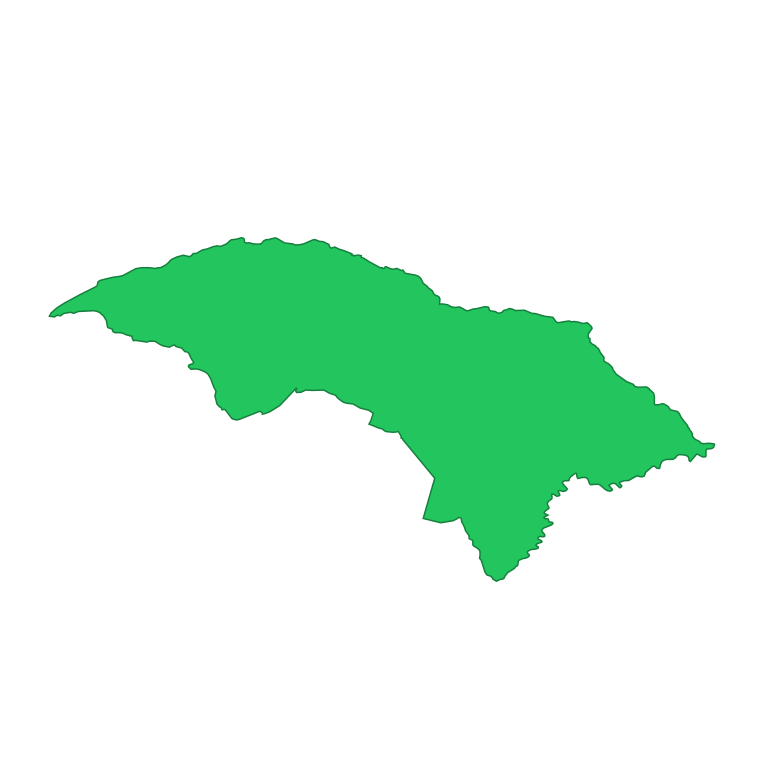 Cachipay, Cundinamarca, Colombia, rotated 241°
{"feature_id": "7082276B14405151450824", "entity_name": "Cachipay", "entity_type": "district", "adm_level": 2, "iso_a3": "COL", "parent_name": "Colombia", "parent_adm1": "Cundinamarca", "projection": "robinson", "projection_center": [-74.459, 4.728], "detail": "fine", "context": "isolated", "style": "filled", "palette": "green", "viewbox_px": 768, "rotation_deg": 241, "n_neighbors": 0, "source": "geoboundaries", "source_scale": "gbopen_adm2", "svg_char_len": 6171}
<svg xmlns="http://www.w3.org/2000/svg" viewBox="0 0 768 768"><g transform="rotate(241 384 384)"><path d="M470.7,456.1L474.5,455.8L474.6,454.7L475.4,453.8L478.9,451.2L479.9,447.6L482.2,445.1L485.6,442.7L485.9,441.9L485.0,440.1L485.2,439.5L486.6,438.8L487.5,437.1L497.8,430.5L503.6,427.4L505.9,425.5L507.3,426.3L509.4,423.8L510.7,419.7L511.1,420.0L512.8,418.1L513.5,419.0L520.2,413.5L523.7,410.1L527.7,407.3L528.3,404.1L529.0,403.4L530.5,403.0L532.8,403.4L533.4,403.1L538.0,399.7L540.2,396.6L543.8,393.6L544.5,391.6L545.5,381.9L546.8,377.4L548.7,373.7L550.7,372.2L555.5,365.5L562.7,361.3L564.4,359.9L565.9,355.2L565.9,353.9L567.4,350.9L567.5,347.9L566.2,344.8L567.4,341.5L569.8,337.8L572.8,334.7L574.2,331.8L575.0,331.1L575.8,330.8L578.2,331.9L579.3,331.9L581.0,330.4L582.1,325.4L584.1,320.5L584.0,318.6L582.9,314.4L583.5,307.9L585.8,304.9L586.3,303.2L586.9,301.3L588.0,294.2L589.3,290.2L589.2,283.2L590.6,280.3L589.7,277.9L589.6,275.7L593.9,270.9L595.5,264.6L595.9,259.1L595.6,256.7L594.8,255.0L593.9,250.9L594.0,245.3L595.5,242.0L596.0,239.9L599.8,234.6L603.2,228.5L605.2,222.9L605.4,208.4L606.3,205.0L608.9,198.3L612.1,186.5L612.2,184.8L611.9,183.3L609.0,180.7L608.8,178.4L609.5,162.3L609.7,144.0L609.4,138.4L609.1,134.7L607.5,127.3L605.5,124.2L602.4,128.3L602.6,131.3L600.4,134.3L601.0,137.2L600.7,139.0L598.6,144.7L596.3,146.8L595.6,151.9L588.9,165.5L587.2,167.6L584.7,169.8L579.3,171.7L574.0,171.9L567.8,169.8L566.9,170.1L563.5,173.1L562.0,172.3L560.2,172.8L558.8,174.3L557.4,177.2L555.4,179.8L551.4,182.9L550.6,184.3L549.3,185.0L548.2,186.7L545.3,185.8L543.3,185.9L542.5,188.0L536.0,196.4L535.5,197.4L535.1,199.7L532.4,204.4L526.9,207.4L524.4,209.3L520.2,214.2L520.3,216.3L519.8,219.6L517.7,220.2L513.4,224.5L508.9,225.5L507.5,227.4L505.4,228.2L500.2,227.7L495.2,228.0L494.7,227.1L494.6,226.3L495.2,222.7L494.5,221.6L493.5,221.4L490.4,222.4L488.7,226.2L487.2,228.5L483.8,231.5L480.7,233.7L478.4,234.7L476.9,234.9L473.0,235.0L463.5,233.6L459.2,233.6L455.5,230.3L447.4,228.2L443.7,229.1L442.7,230.0L439.8,229.9L439.4,231.9L438.1,232.7L427.8,234.2L426.8,234.7L424.0,237.6L423.2,240.4L420.4,261.7L420.1,262.4L418.5,263.3L417.0,263.5L416.6,263.1L415.8,265.7L415.1,270.7L415.7,282.4L422.9,305.1L422.4,305.4L420.6,303.4L419.0,303.4L417.0,307.5L416.7,312.6L413.2,318.1L408.0,328.1L406.6,329.3L402.9,331.4L397.6,336.2L394.0,336.7L388.1,339.4L385.2,342.1L381.6,347.2L374.4,351.6L368.6,357.8L363.6,360.4L358.4,354.8L356.2,351.4L347.6,358.5L345.6,360.7L342.7,361.8L341.1,363.1L337.4,368.5L335.9,372.0L335.6,373.5L330.1,373.7L328.5,372.8L327.3,373.6L325.7,373.6L277.0,382.7L247.4,353.1L235.1,366.4L231.0,377.9L230.7,381.8L231.0,384.7L229.9,386.0L228.9,386.4L226.0,385.2L219.9,385.0L216.2,384.2L210.3,384.8L207.4,383.5L204.1,385.8L200.1,383.7L198.7,384.0L195.1,386.1L192.5,386.9L190.9,386.7L188.0,385.2L185.2,383.1L182.6,383.6L170.3,381.1L167.5,381.4L166.3,382.0L164.4,384.1L162.0,384.8L160.6,384.6L157.2,386.6L156.9,387.3L156.8,390.7L155.8,393.6L155.9,394.7L157.5,397.0L159.1,400.7L159.5,408.6L160.4,410.6L160.4,412.8L164.0,415.7L164.4,416.5L164.1,420.3L162.8,424.4L162.9,427.1L163.3,427.8L164.3,428.2L165.7,427.6L167.1,427.8L167.7,428.2L168.0,429.1L168.0,432.0L166.1,436.7L165.7,439.2L166.8,439.9L168.8,438.7L169.7,439.1L170.0,441.0L169.2,445.0L169.4,445.7L170.9,445.6L173.8,443.6L174.5,443.8L175.1,444.5L175.1,446.3L173.2,449.1L172.9,450.1L173.1,451.0L174.8,451.5L178.9,450.7L180.0,451.4L180.6,453.7L179.5,462.3L180.2,464.2L181.3,464.2L183.4,461.6L186.4,462.1L188.3,459.6L189.4,459.0L190.0,460.2L189.8,463.8L192.5,461.9L193.9,461.8L194.5,462.4L195.3,467.9L195.7,468.3L199.2,468.5L200.7,469.1L201.6,471.0L202.2,474.9L202.8,475.7L205.5,476.8L206.2,477.5L205.5,478.7L202.1,480.7L201.4,482.5L201.5,483.7L202.3,484.2L205.5,484.2L205.8,484.5L205.8,485.8L203.2,488.6L202.8,489.6L202.5,491.9L203.4,493.5L209.5,492.1L211.4,492.3L211.8,493.1L211.9,494.8L210.1,498.3L210.0,499.2L211.3,500.2L212.3,502.0L213.2,507.8L212.4,508.9L208.9,507.7L207.3,507.8L206.1,512.0L205.0,514.2L204.0,515.4L202.8,516.0L201.1,516.1L197.2,515.4L195.9,515.7L192.8,522.2L191.8,523.3L190.7,524.1L185.0,526.2L182.4,527.7L181.3,528.9L180.5,530.3L180.4,531.7L180.7,532.4L181.8,532.5L186.2,531.5L186.6,534.4L186.2,535.8L185.2,537.5L184.1,538.3L179.1,539.8L178.8,540.4L179.0,541.8L179.6,542.5L182.7,542.0L183.3,542.0L183.8,542.7L182.8,547.6L181.0,551.0L181.1,560.5L178.3,563.7L177.6,565.0L177.3,567.1L179.5,569.5L180.1,570.8L181.8,579.0L181.2,580.4L180.2,581.1L177.8,581.9L176.6,584.1L179.8,587.1L181.5,589.5L181.6,592.0L181.1,594.3L178.0,600.3L178.2,603.4L179.1,605.0L179.3,607.6L177.6,610.4L175.4,613.4L173.4,614.5L172.2,614.9L168.8,613.7L167.7,614.3L171.0,623.3L170.5,624.2L165.7,627.3L164.5,629.7L164.9,630.7L169.5,633.2L170.3,634.1L170.5,635.2L169.0,638.3L168.6,640.0L168.9,641.7L170.9,643.8L171.6,643.6L174.5,639.7L176.9,634.4L179.0,632.3L180.7,632.2L184.5,629.5L187.2,628.6L189.3,628.6L190.7,629.5L193.5,629.6L195.0,629.1L197.3,629.4L199.1,628.8L200.2,629.4L206.5,628.3L211.4,627.7L214.9,628.0L217.6,627.4L222.4,622.1L226.9,621.5L230.3,619.5L231.9,617.9L232.5,614.7L234.1,611.3L235.6,610.8L241.5,614.2L244.2,615.1L245.4,615.3L249.4,614.1L250.1,613.5L251.3,613.7L254.1,612.2L258.3,604.2L260.4,602.2L262.9,601.8L268.6,597.3L279.9,591.9L285.4,591.2L287.8,591.7L292.2,590.5L296.8,587.7L298.3,587.7L300.5,589.3L306.7,588.5L311.1,588.7L313.3,587.6L315.1,587.4L317.8,585.5L319.3,585.2L320.6,584.4L323.7,586.1L325.3,585.3L327.8,586.1L328.8,587.3L331.8,593.0L333.2,593.2L334.9,592.9L339.0,591.5L339.7,589.8L339.8,588.6L341.3,586.3L343.4,584.6L346.3,580.9L347.7,577.6L348.8,577.1L349.7,575.8L353.0,566.6L353.8,565.3L354.9,564.7L360.5,564.0L365.4,557.3L372.4,550.3L374.0,547.7L380.4,542.6L384.7,534.3L387.3,532.5L389.2,530.4L389.6,526.2L390.2,525.3L390.3,524.1L389.6,522.4L389.7,520.4L390.2,519.0L390.9,518.0L393.5,516.4L396.2,512.7L397.7,512.0L400.4,512.7L401.3,511.8L402.8,509.6L405.2,500.8L406.3,498.6L407.3,493.1L408.1,491.7L414.7,487.5L416.6,483.1L419.0,480.2L422.4,478.1L425.8,473.8L426.9,471.3L431.4,474.2L433.0,474.3L434.1,474.1L437.2,471.8L438.6,471.3L442.2,471.4L446.8,469.3L448.5,469.1L453.2,467.1L458.3,467.4L461.3,466.5L463.9,464.4L470.7,456.1Z" fill="#22c55e" stroke="#15803d" stroke-width="1.5"/></g></svg>